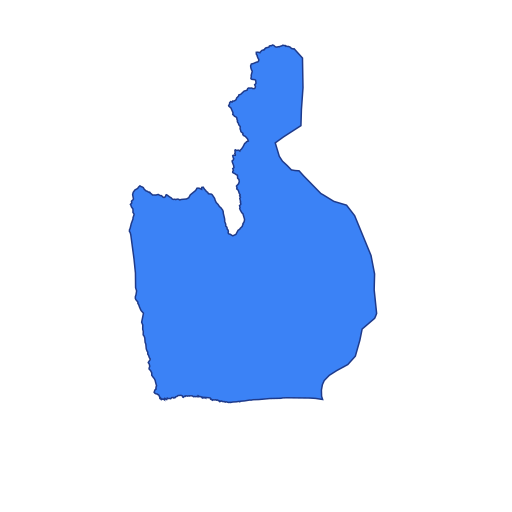 the district of Tacna, Tacna, Peru, rotated 318°
{"feature_id": "86281439B72337675709954", "entity_name": "Tacna", "entity_type": "district", "adm_level": 2, "iso_a3": "PER", "parent_name": "Peru", "parent_adm1": "Tacna", "projection": "equal_earth", "projection_center": [-70.307, -17.872], "detail": "fine", "context": "isolated", "style": "filled", "palette": "blue", "viewbox_px": 512, "rotation_deg": 318, "n_neighbors": 0, "source": "geoboundaries", "source_scale": "gbopen_adm2", "svg_char_len": 6114}
<svg xmlns="http://www.w3.org/2000/svg" viewBox="0 0 512 512"><g transform="rotate(318 256 256)"><path d="M89.1,289.1L89.1,289.8L89.0,290.1L89.3,291.2L90.3,292.7L90.2,293.1L90.5,293.4L90.7,294.4L89.9,296.7L89.2,297.6L89.6,298.6L89.5,299.4L89.9,299.5L89.9,298.9L90.1,298.6L90.1,299.2L91.4,300.5L91.6,301.2L91.7,300.9L91.9,301.3L92.3,301.1L92.5,301.3L92.7,301.1L93.0,301.7L93.2,301.4L93.6,302.8L93.9,302.6L94.6,302.8L95.0,302.4L95.2,303.1L96.3,303.9L97.1,305.0L98.6,304.8L100.0,306.0L99.9,306.6L100.1,306.7L100.3,306.6L101.3,307.2L101.9,306.8L103.3,307.5L104.6,307.5L107.0,309.3L107.7,310.8L107.2,311.8L107.4,312.4L109.0,312.4L109.5,312.6L109.6,313.0L110.1,312.9L111.0,313.7L111.3,314.3L112.7,315.1L112.9,315.6L113.4,315.7L115.0,317.2L115.5,318.9L116.4,319.3L116.7,319.9L117.7,320.5L118.1,321.2L118.6,321.1L118.8,321.7L119.4,321.3L119.4,321.8L119.7,321.9L119.6,322.4L120.8,323.5L120.9,324.0L121.4,324.4L121.3,325.3L121.1,325.3L121.1,325.6L121.9,325.5L122.2,326.4L122.6,326.1L123.2,326.7L123.1,327.0L123.5,327.4L123.6,327.9L124.0,327.5L126.3,330.0L127.0,331.1L126.9,332.1L126.5,332.2L127.2,334.1L127.7,333.9L128.6,335.0L130.0,336.0L130.0,336.6L131.0,337.2L131.1,337.9L131.5,338.3L131.4,338.6L131.6,339.1L131.5,339.9L131.9,340.1L132.3,339.8L132.6,340.4L133.4,340.7L134.0,342.2L135.0,342.8L135.3,344.0L136.2,344.2L137.2,345.9L137.7,346.6L138.2,346.8L138.7,347.5L139.1,347.6L139.2,347.9L141.1,349.0L143.8,351.2L145.7,352.4L146.2,352.9L146.4,353.5L147.0,353.4L147.5,353.7L150.5,356.0L154.9,358.8L156.0,359.9L157.6,360.8L162.1,364.6L170.7,371.0L179.2,378.3L181.0,379.4L184.1,382.0L201.0,397.6L205.0,401.7L209.5,407.2L210.9,404.1L214.9,399.4L219.3,396.0L223.4,394.2L230.6,393.7L239.5,395.2L251.6,398.1L262.8,396.9L276.8,388.1L286.0,381.3L302.5,381.7L304.7,380.7L307.2,379.4L321.2,360.2L332.1,348.7L341.8,332.6L356.3,292.0L357.3,278.8L350.4,267.5L346.8,255.3L346.0,253.0L345.0,228.5L345.0,221.5L342.2,218.6L339.9,215.7L339.7,209.8L339.1,203.2L340.0,197.5L346.0,184.8L356.2,185.9L376.6,189.2L387.8,177.5L403.5,162.4L423.0,140.0L423.0,127.5L422.2,127.1L422.1,126.6L421.3,125.7L421.1,123.5L420.2,121.8L419.4,121.2L419.0,120.3L418.5,120.1L418.7,119.7L418.5,119.0L418.0,118.8L417.0,117.3L415.8,117.1L414.2,116.3L413.4,116.2L412.8,115.5L411.1,114.6L410.3,113.4L410.1,111.3L409.4,110.2L408.2,110.1L407.5,109.4L406.5,108.9L405.6,109.4L404.5,109.0L402.7,107.9L402.2,108.1L401.5,107.8L400.3,108.3L399.9,107.9L399.3,108.0L398.6,107.4L397.6,107.1L396.6,107.3L395.8,107.2L394.9,107.6L393.8,105.8L392.5,104.8L391.3,106.2L391.1,106.9L391.2,107.7L390.5,108.5L389.7,110.8L389.7,111.6L388.7,112.7L387.1,113.0L386.2,112.3L382.9,111.2L381.0,110.2L379.2,111.1L378.0,112.9L377.2,114.7L377.0,115.8L376.7,116.3L373.3,118.5L372.9,119.2L370.9,120.8L371.1,121.9L373.1,124.2L373.3,125.2L371.7,127.5L371.1,127.8L369.6,127.8L369.0,129.7L367.8,130.5L366.8,130.5L365.6,129.4L365.3,128.4L363.7,127.1L363.1,126.3L361.9,126.0L360.2,126.8L357.5,125.5L352.7,125.6L351.1,124.8L349.9,125.5L347.4,125.6L345.8,126.5L344.4,126.4L343.1,126.0L342.3,125.2L341.1,125.6L340.5,124.3L338.9,124.5L338.0,125.4L336.3,125.9L336.1,126.3L336.4,129.6L336.0,130.4L334.9,133.8L334.5,134.4L333.4,135.3L333.6,136.4L333.5,137.8L334.1,139.0L334.2,140.4L333.3,141.7L332.9,143.0L332.4,143.2L331.8,144.3L331.8,145.3L331.0,147.0L330.9,149.3L329.2,150.9L328.9,151.9L328.1,153.3L328.0,154.0L328.4,156.1L327.6,156.7L327.3,158.0L328.1,160.0L328.1,163.3L327.2,165.4L325.4,164.7L324.4,165.0L322.9,164.8L319.6,166.1L316.9,166.8L314.8,166.8L314.2,167.2L313.7,165.5L312.1,164.5L311.8,163.3L311.4,163.2L310.8,163.6L310.0,165.0L308.8,165.6L308.7,166.6L308.0,167.3L306.5,165.9L305.8,165.9L304.7,168.0L304.5,168.9L302.9,169.5L302.0,169.3L301.4,170.0L299.9,173.8L298.7,175.6L297.2,175.5L296.5,177.3L295.4,177.5L294.6,178.3L294.6,178.6L295.4,180.7L295.8,182.6L296.3,183.5L294.4,185.9L294.5,187.7L293.2,189.7L291.1,190.7L288.4,190.9L288.0,191.4L287.5,192.7L286.6,193.2L286.8,195.3L285.5,198.2L285.1,200.1L284.1,200.3L283.8,201.9L282.5,202.3L281.0,205.2L280.4,205.4L280.1,206.4L279.1,207.5L277.5,207.5L276.6,209.3L275.7,209.7L275.2,210.9L274.5,213.9L274.4,214.8L274.6,215.7L272.1,221.0L270.6,222.3L269.1,223.0L268.1,223.1L267.5,223.8L266.6,224.1L265.7,224.8L262.7,224.9L261.9,225.2L259.9,224.9L255.5,226.5L252.3,225.5L251.8,224.3L251.5,222.8L250.7,221.7L250.7,220.2L251.8,219.4L252.6,218.0L252.6,216.6L253.3,215.8L253.7,214.7L253.5,213.6L254.8,212.1L255.9,209.2L256.7,208.5L257.7,207.1L260.2,202.5L261.3,201.1L261.9,199.7L262.2,196.6L261.9,194.9L262.3,192.2L262.2,189.7L263.0,187.1L263.8,185.5L264.4,181.4L264.3,180.3L262.3,177.9L262.7,176.5L262.3,174.7L262.5,173.5L262.4,172.2L262.8,169.5L261.5,168.7L260.2,170.1L259.1,167.6L258.2,166.6L257.3,166.1L256.3,166.6L254.6,166.9L248.1,166.6L245.0,167.7L242.5,167.1L238.2,163.9L237.0,163.4L236.7,163.1L236.5,162.1L235.5,161.0L234.1,160.4L233.7,159.5L232.6,158.8L231.9,157.8L231.9,156.1L231.3,154.2L230.8,151.5L230.4,150.5L229.9,150.4L228.4,151.3L226.8,151.0L226.3,150.2L226.1,147.8L225.3,147.1L224.5,144.8L222.5,143.8L219.9,141.4L219.9,140.4L219.4,137.8L219.7,137.8L219.7,137.4L218.9,136.7L218.4,134.9L217.9,134.3L217.6,131.7L218.0,129.8L217.7,128.7L217.0,127.4L216.7,126.2L214.9,126.2L213.2,126.6L210.2,125.9L207.4,126.5L205.4,127.8L203.1,131.6L202.3,131.9L200.4,131.9L200.1,132.0L199.1,133.5L197.2,133.6L197.0,134.6L196.3,136.1L196.0,138.7L194.5,140.5L193.8,141.1L193.4,143.2L193.0,143.7L190.3,145.2L189.3,146.2L185.1,148.4L180.7,151.4L179.6,151.8L178.4,153.0L178.2,154.4L177.1,156.5L163.4,176.5L155.0,188.0L145.3,199.0L144.0,201.9L143.5,202.4L140.9,204.5L139.1,205.5L138.0,206.7L137.5,208.0L137.4,211.2L136.4,212.3L136.3,213.6L135.3,215.9L134.3,218.9L134.1,219.8L134.1,223.2L126.7,228.7L125.7,231.5L122.8,234.6L121.8,236.6L119.4,239.1L119.2,240.8L118.5,242.5L115.8,246.0L115.2,247.7L112.3,251.6L111.4,253.9L111.3,255.0L109.9,256.5L109.7,257.9L108.7,260.2L108.5,261.7L107.7,262.3L104.7,263.0L104.5,263.5L104.5,264.6L103.3,266.8L101.4,267.9L100.9,268.6L101.0,270.5L100.3,273.1L98.7,274.9L98.4,277.7L98.4,279.0L97.7,281.3L97.2,282.0L95.2,286.0L94.5,286.2L93.1,287.3L92.8,288.0L91.3,287.9L89.1,289.1Z" fill="#3b82f6" stroke="#1e3a8a" stroke-width="1.5"/></g></svg>